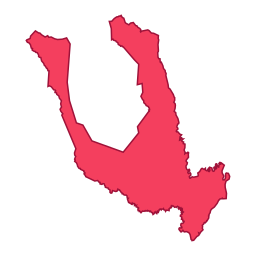 Natá, Coclé, Panama
{"feature_id": "35544464B34779473724765", "entity_name": "Natá", "entity_type": "district", "adm_level": 2, "iso_a3": "PAN", "parent_name": "Panama", "parent_adm1": "Coclé", "projection": "equal_earth", "projection_center": [-80.564, 8.407], "detail": "fine", "context": "isolated", "style": "filled", "palette": "rose", "viewbox_px": 256, "rotation_deg": 0, "n_neighbors": 0, "source": "geoboundaries", "source_scale": "gbopen_adm2", "svg_char_len": 5912}
<svg xmlns="http://www.w3.org/2000/svg" viewBox="0 0 256 256"><path d="M191.1,239.5L191.9,240.0L192.0,240.6L193.7,240.3L196.8,236.5L198.7,235.4L199.2,234.4L198.8,233.0L199.8,233.6L200.6,232.2L203.0,229.8L202.3,228.2L202.6,226.7L202.3,225.3L203.7,224.0L204.0,223.0L204.5,222.5L205.1,222.9L206.8,221.2L206.7,220.6L207.3,220.4L208.8,217.9L208.6,216.0L209.0,215.9L209.0,214.5L210.1,212.8L210.6,210.5L211.6,209.1L214.4,207.0L217.2,203.3L218.8,200.0L219.5,199.8L220.1,198.8L222.1,198.8L222.3,198.2L223.1,198.8L226.2,198.6L226.5,193.3L225.2,187.4L225.1,184.5L226.0,181.1L229.1,179.1L229.7,176.4L228.4,173.4L226.3,173.0L225.5,174.0L225.6,177.2L225.2,178.7L224.2,179.9L223.0,179.8L222.8,178.6L223.7,176.7L223.7,175.8L222.2,173.0L222.0,170.9L224.3,165.2L221.2,162.8L219.9,162.4L219.2,163.2L220.4,163.4L220.6,164.2L219.1,164.4L218.7,167.1L218.2,166.9L216.6,163.8L215.9,163.9L215.4,165.1L216.6,166.9L216.5,168.5L215.8,169.0L215.0,166.9L214.3,167.0L213.8,167.8L214.5,170.3L213.9,171.2L213.2,171.3L212.4,170.6L211.9,168.0L209.6,167.2L209.1,167.9L209.9,170.4L209.3,171.5L208.6,171.4L208.0,169.1L206.9,170.8L205.5,170.1L205.4,168.3L204.1,169.4L202.1,168.3L201.3,168.8L199.6,171.7L197.8,173.0L198.3,175.2L197.8,176.3L193.6,177.2L192.2,176.8L190.3,178.2L189.7,178.1L189.3,176.6L190.8,175.2L190.8,173.7L190.1,172.7L188.7,173.6L187.8,172.7L187.9,171.9L189.5,171.1L189.7,170.1L189.1,169.3L188.3,170.1L187.5,170.0L186.7,169.2L186.0,167.2L186.1,165.7L187.0,164.4L187.4,162.7L186.2,161.4L186.2,160.2L188.5,157.3L188.3,154.5L188.6,152.8L187.9,152.2L187.0,153.1L185.9,152.9L184.9,153.7L185.1,152.3L184.1,150.1L184.9,147.7L185.0,144.1L183.3,143.6L183.6,142.0L182.1,141.5L181.7,140.5L183.2,139.0L182.2,139.1L181.7,137.8L181.3,137.7L180.7,138.2L180.4,139.9L179.6,140.2L180.1,136.6L181.6,134.8L179.8,134.1L177.8,131.8L176.8,131.9L176.3,131.4L176.5,130.5L177.9,129.1L177.8,128.1L176.9,127.1L176.9,126.3L177.8,124.0L178.7,123.6L178.9,122.5L177.9,118.5L176.0,115.0L175.7,112.5L174.2,111.5L175.1,108.2L175.4,105.2L175.1,103.7L173.8,102.3L174.7,100.3L174.7,97.6L174.2,97.2L173.3,94.5L170.0,89.0L168.5,87.9L168.1,84.6L165.9,75.6L166.1,73.4L165.3,72.0L165.1,70.4L163.5,68.5L162.9,65.8L161.6,62.9L161.1,62.1L160.6,62.5L160.2,62.0L160.0,58.8L158.8,58.7L158.0,57.2L157.7,52.4L158.3,51.6L158.4,50.3L158.0,44.6L158.7,39.9L158.2,38.4L158.4,35.5L153.7,33.3L151.3,33.0L149.1,30.6L147.8,29.9L141.7,31.1L140.7,32.0L140.4,31.5L140.8,30.0L140.6,29.4L139.7,28.4L137.8,27.3L136.9,25.8L135.7,25.6L133.3,22.5L130.5,23.1L128.9,24.8L125.7,23.1L125.1,22.3L123.8,18.2L122.3,17.5L121.1,15.4L120.3,16.1L119.1,16.0L118.2,16.7L116.7,16.9L114.3,18.5L111.7,21.3L109.3,21.4L111.3,28.6L111.6,39.8L112.9,39.1L113.7,40.3L115.8,40.8L116.2,41.7L117.8,42.6L118.3,44.5L120.5,45.7L120.6,46.2L121.9,45.9L122.4,46.7L123.3,46.9L134.4,59.8L138.7,64.2L137.3,84.7L142.1,83.5L142.8,92.4L140.9,96.3L142.7,99.8L143.6,100.4L143.9,102.8L145.7,104.4L146.1,105.5L148.4,106.6L148.7,107.7L149.3,108.0L149.6,109.7L148.7,110.0L149.2,111.3L148.7,111.5L137.5,126.7L138.7,132.9L123.2,152.2L91.9,140.9L82.9,125.1L76.4,122.9L69.5,100.7L67.2,82.2L70.1,44.0L66.6,37.9L62.3,39.2L57.5,39.5L54.7,38.8L51.2,37.0L48.8,37.3L47.7,35.7L45.1,37.0L41.6,34.8L39.8,33.0L38.7,33.0L35.4,30.9L30.6,36.1L30.1,38.5L26.9,39.8L26.3,40.5L27.4,42.3L28.9,42.8L30.4,44.6L31.3,48.1L32.5,48.5L32.1,49.9L32.5,50.3L34.3,51.4L35.3,51.5L35.8,52.4L37.4,52.7L38.7,55.3L38.6,56.5L39.5,57.3L40.8,57.5L41.6,60.9L43.7,63.4L44.4,65.5L45.2,65.9L46.5,68.2L47.2,68.4L48.0,70.7L49.0,70.9L48.0,86.4L49.2,85.8L51.3,86.7L53.7,89.8L55.2,90.1L55.7,90.9L55.0,91.9L55.0,92.5L56.5,92.9L56.8,94.4L58.8,95.9L59.4,98.2L61.4,100.7L60.7,103.9L61.5,107.0L60.1,109.2L60.8,111.2L62.8,113.8L61.8,115.1L75.9,148.7L74.5,152.9L74.7,155.0L75.7,156.4L74.7,158.9L75.0,159.2L74.7,159.8L75.2,160.3L74.7,161.4L76.3,162.6L77.4,164.9L77.5,166.0L78.8,168.1L79.5,168.6L80.4,168.5L80.7,169.4L83.9,170.9L83.8,171.5L84.9,172.9L84.2,173.3L84.6,173.7L84.3,174.4L85.4,175.5L85.7,176.6L94.8,181.0L97.7,180.5L98.8,182.0L99.9,182.3L99.8,182.9L100.4,183.2L100.2,184.0L101.9,184.4L103.0,183.6L104.2,183.9L104.8,185.8L105.4,186.2L105.4,187.3L108.3,188.2L108.4,189.0L110.0,190.0L110.0,192.4L111.0,193.2L111.9,192.9L112.6,190.6L115.7,191.5L117.0,191.2L117.9,189.1L119.2,190.3L119.6,190.0L121.4,192.7L122.0,192.9L122.2,193.8L123.0,193.7L123.5,194.6L124.8,195.1L126.2,195.1L127.0,195.9L127.2,197.9L128.3,198.2L127.5,199.2L128.6,202.5L129.4,202.5L129.7,203.1L130.9,203.4L131.3,204.2L132.0,204.4L132.3,203.2L132.8,203.9L133.7,203.4L134.4,203.6L134.5,205.1L134.9,204.7L135.1,205.2L135.4,204.8L136.0,205.5L136.4,205.4L136.0,206.1L136.3,207.0L137.2,207.0L137.9,208.0L138.0,207.5L138.5,207.8L138.5,208.5L137.9,209.3L138.1,210.6L138.9,210.6L139.2,211.3L139.6,210.9L141.0,212.7L142.4,211.1L144.2,211.3L145.2,210.6L145.9,211.2L147.3,210.4L147.7,210.5L147.7,211.0L148.5,210.8L149.7,211.6L150.0,211.0L150.6,211.1L151.4,212.5L152.4,212.6L153.0,214.5L154.1,213.7L154.6,212.2L155.4,212.4L155.9,211.7L156.3,212.3L156.2,213.3L156.7,213.6L156.8,212.9L157.7,212.6L157.7,211.5L158.4,212.1L158.5,211.7L158.1,211.3L159.1,210.7L159.2,209.6L160.2,209.0L161.2,210.0L161.8,209.0L163.2,209.2L163.5,208.8L163.7,209.7L164.8,210.0L165.4,211.0L165.5,210.4L166.2,210.7L166.8,210.1L169.1,210.6L169.0,209.0L169.4,209.0L170.2,207.7L170.8,207.9L171.3,206.1L171.5,206.4L171.8,206.1L171.9,206.6L172.4,205.9L173.3,206.0L174.6,207.3L176.3,206.9L176.7,207.3L177.5,206.3L179.0,207.2L178.3,208.4L178.8,209.1L179.9,208.0L180.3,209.2L181.1,208.0L181.5,208.7L181.0,210.3L181.6,210.3L182.3,209.4L182.3,211.2L183.4,212.0L182.4,213.0L181.9,211.9L181.4,211.8L181.2,212.5L182.0,214.4L180.5,215.1L180.3,216.1L181.8,217.1L181.5,219.3L182.6,219.3L182.9,221.1L183.9,221.1L184.1,221.7L182.9,223.3L181.5,223.4L180.9,224.0L180.8,225.8L181.9,227.1L181.8,227.9L179.4,227.9L179.0,228.5L179.0,229.5L180.9,231.9L181.6,231.8L182.9,230.3L184.2,231.9L186.6,231.6L188.9,232.7L190.1,234.5L191.1,239.5Z" fill="#f43f5e" stroke="#9f1239" stroke-width="1.5"/></svg>